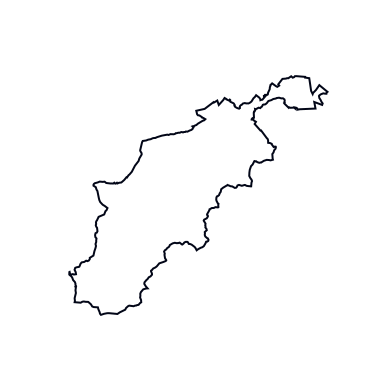 the district of Garcina, Neamt, Romania, rotated 289°
{"feature_id": "2599482B24774120004801", "entity_name": "Garcina", "entity_type": "district", "adm_level": 2, "iso_a3": "ROU", "parent_name": "Romania", "parent_adm1": "Neamt", "projection": "orthographic", "projection_center": [26.305, 47.002], "detail": "fine", "context": "isolated", "style": "outline", "palette": "ink", "viewbox_px": 384, "rotation_deg": 289, "n_neighbors": 0, "source": "geoboundaries", "source_scale": "gbopen_adm2", "svg_char_len": 6051}
<svg xmlns="http://www.w3.org/2000/svg" viewBox="0 0 384 384"><g transform="rotate(289 192 192)"><path d="M320.8,232.4L318.7,231.4L318.6,231.6L316.5,231.5L314.4,232.0L310.7,231.6L309.0,231.9L308.5,231.7L307.6,229.4L306.7,229.4L306.3,228.7L305.8,228.9L306.5,230.2L302.2,228.5L301.9,227.8L301.1,226.8L301.8,226.5L303.1,225.0L304.4,221.1L302.3,220.5L300.6,219.6L297.0,218.8L296.0,218.2L294.9,217.4L294.1,216.5L293.4,214.4L293.3,213.0L292.2,211.3L290.6,210.6L290.1,210.0L289.2,209.5L288.2,209.4L287.0,210.0L286.1,209.4L286.1,207.4L286.5,205.2L287.4,204.0L288.0,204.2L289.2,202.8L289.4,202.4L289.8,198.9L290.1,198.6L291.4,198.2L291.6,197.7L290.5,197.4L290.8,194.3L291.1,194.2L291.5,192.2L289.1,191.6L283.0,189.0L286.7,186.1L283.9,183.8L283.5,183.3L283.8,183.0L283.5,182.8L274.7,176.9L270.2,169.6L267.2,171.5L266.5,172.6L266.8,174.2L266.4,175.4L266.2,176.7L265.7,177.1L265.7,178.6L265.2,180.9L263.8,180.2L262.8,178.9L258.5,175.3L256.7,174.3L256.0,173.3L255.0,172.6L254.7,171.7L254.3,171.2L254.0,172.1L253.5,172.4L252.4,171.9L251.7,172.0L250.5,171.2L249.3,169.7L247.6,168.1L247.2,166.5L246.6,166.1L246.0,164.7L245.4,164.1L245.4,162.9L245.0,162.1L244.1,161.2L243.6,159.8L242.4,158.0L242.3,157.5L241.3,156.9L240.6,155.8L239.7,152.8L238.3,151.3L238.2,150.0L235.5,145.2L232.7,141.4L231.9,140.4L231.3,140.0L230.5,138.1L229.9,137.2L228.5,135.8L227.2,133.5L225.8,131.9L224.2,128.8L222.8,128.6L214.6,129.4L213.8,129.9L212.3,131.7L211.0,132.2L206.6,131.3L203.9,131.4L198.3,129.5L191.5,128.5L188.0,127.1L187.4,126.6L184.9,125.9L185.1,125.6L184.8,125.3L181.3,124.0L179.2,122.8L178.0,122.1L177.0,120.1L175.8,118.7L176.3,118.0L175.3,117.3L174.9,116.7L175.5,115.5L174.4,114.8L173.5,112.1L172.6,108.0L173.3,106.0L172.5,104.3L171.8,101.4L170.4,99.8L168.6,97.2L167.6,96.6L166.8,96.5L165.9,96.8L165.2,99.5L163.2,100.9L162.2,102.2L155.9,105.9L154.2,107.0L152.6,108.5L150.9,111.7L150.4,114.0L149.3,117.3L146.9,117.1L145.7,116.4L142.2,116.3L138.1,111.8L134.4,111.4L133.0,111.0L131.6,111.2L130.6,111.8L129.3,111.8L128.1,112.7L127.2,113.9L124.1,115.4L122.6,115.2L122.3,114.8L121.6,114.2L119.7,114.4L117.8,115.4L117.0,116.8L114.9,117.2L113.6,117.7L111.4,117.7L109.7,118.8L107.5,119.0L104.4,119.0L99.8,119.5L96.5,116.8L95.4,117.2L93.7,116.8L92.6,115.7L92.6,114.3L90.8,112.9L89.5,110.6L88.0,110.0L84.8,109.8L84.3,109.4L83.5,107.8L82.3,106.3L80.2,106.3L78.4,108.1L76.5,109.1L75.5,107.2L75.6,106.1L74.8,104.9L74.6,104.4L74.9,103.3L76.6,102.3L76.4,102.1L74.1,102.8L73.8,103.1L73.1,105.1L72.2,106.5L70.0,108.3L68.8,110.5L67.5,111.6L66.1,112.1L65.2,113.1L64.7,113.1L64.3,112.7L63.9,113.3L61.2,113.8L58.7,115.1L53.4,115.6L50.8,116.8L49.6,116.9L51.1,122.8L52.5,124.0L53.1,125.0L53.3,125.6L53.5,127.0L54.3,129.7L52.9,133.0L51.3,134.9L51.2,136.5L52.3,140.6L50.7,141.6L48.3,143.8L47.0,144.6L46.2,145.9L48.2,148.5L49.7,151.1L50.4,152.9L52.4,161.2L54.7,162.9L59.0,167.2L60.8,167.4L63.2,168.7L64.1,169.6L65.0,174.0L66.0,175.1L66.5,176.2L67.2,176.9L67.9,178.2L70.0,179.0L71.2,179.9L73.3,179.0L75.3,177.3L77.0,177.0L79.0,176.2L80.8,176.3L84.1,177.6L85.8,180.0L86.4,181.4L87.8,179.0L89.6,176.8L91.1,176.5L94.0,177.6L95.1,178.3L97.3,178.9L98.6,180.2L100.8,181.1L102.0,180.6L103.6,179.1L104.3,178.9L105.1,179.5L107.0,180.2L108.7,181.9L110.2,182.9L113.9,184.3L116.5,187.7L118.0,189.4L118.7,189.9L119.1,189.9L120.7,188.0L123.7,186.4L124.7,186.4L126.6,185.0L128.0,185.3L129.3,186.3L130.9,186.8L132.5,188.0L133.6,188.3L134.6,188.3L137.1,190.4L138.4,192.3L138.6,194.1L139.0,194.9L139.0,195.3L140.1,196.8L139.1,199.6L139.2,200.0L140.7,200.9L141.6,201.1L142.4,201.8L142.8,202.3L143.3,203.8L143.1,204.6L141.9,205.8L142.2,207.3L142.1,208.8L140.9,212.4L140.1,213.6L138.4,215.4L139.9,216.4L142.1,218.4L143.1,219.7L144.6,220.8L148.0,221.5L149.5,221.5L149.8,221.7L150.0,222.5L150.9,223.2L151.3,223.3L152.3,223.1L153.3,222.0L153.2,221.6L154.3,219.0L155.6,218.0L156.8,217.8L158.3,217.1L160.7,218.4L161.9,217.6L162.8,216.2L164.2,215.9L164.7,215.4L166.5,215.1L168.7,212.4L169.8,212.5L171.9,214.5L174.0,215.0L174.9,214.6L175.0,214.0L175.8,213.5L180.8,214.4L181.3,214.2L183.4,216.1L184.0,217.8L185.3,219.1L185.9,221.6L186.3,221.9L188.3,221.0L189.4,220.9L189.7,220.1L191.7,218.0L192.7,217.4L194.6,216.9L195.4,216.9L196.2,217.2L196.3,217.6L197.9,218.6L199.8,218.6L201.5,219.1L204.1,218.7L206.2,220.0L210.1,223.3L209.9,223.5L210.2,224.4L210.0,226.6L210.4,228.3L209.8,231.1L210.4,232.3L211.2,232.7L213.0,232.9L214.0,234.1L214.1,237.1L215.8,239.5L215.9,240.1L215.6,241.5L216.0,243.7L216.4,245.1L216.4,245.6L216.6,246.1L220.2,245.2L221.9,245.2L223.1,244.2L224.1,242.7L225.8,240.9L229.2,239.9L231.8,239.4L235.6,239.4L237.8,240.4L241.5,240.9L241.7,241.2L241.6,241.7L241.6,242.3L241.9,242.6L241.5,244.0L241.5,246.1L242.3,247.3L242.3,247.7L244.9,249.8L246.7,252.2L247.3,254.4L247.5,256.0L248.9,258.0L249.8,257.4L254.0,255.6L255.9,256.2L258.1,256.1L260.2,256.9L261.8,256.7L262.1,256.4L261.9,255.5L261.1,254.6L263.0,251.9L263.5,251.7L263.7,249.9L263.3,248.0L265.7,247.1L267.0,246.0L267.2,245.3L272.2,238.0L272.6,237.4L272.3,237.2L272.3,236.9L276.7,229.1L279.2,229.6L279.7,227.4L280.3,226.5L279.9,224.8L280.2,224.7L281.6,225.2L282.4,226.4L287.0,224.6L288.1,224.5L288.1,224.8L289.8,225.2L291.0,224.6L291.0,225.1L291.5,225.8L293.4,227.5L293.6,229.3L294.4,229.5L295.5,230.3L297.5,230.6L298.2,231.5L298.4,232.3L298.9,232.9L300.4,233.8L302.9,234.6L304.7,237.1L306.4,238.6L307.7,240.9L308.3,241.3L309.5,243.6L309.6,246.0L310.2,247.5L309.6,249.3L308.4,250.0L307.5,250.0L306.9,250.5L306.1,250.1L305.6,250.8L303.1,256.0L303.7,256.2L303.6,257.4L304.9,260.8L304.9,261.3L304.6,262.1L305.4,261.5L305.6,263.1L305.3,264.3L304.3,265.2L305.3,266.9L311.1,281.6L316.9,278.3L316.7,286.7L318.3,286.7L319.3,285.2L321.2,283.3L322.2,281.9L324.1,280.8L324.7,280.9L326.3,282.0L328.0,284.0L328.3,285.9L328.7,287.1L329.8,286.9L330.8,287.5L334.5,277.6L328.8,276.0L325.0,274.2L323.9,274.2L326.4,271.7L337.8,265.8L337.0,261.7L337.7,261.5L335.5,252.9L335.0,251.6L333.8,251.1L332.9,250.0L333.7,248.1L330.9,246.0L330.6,244.9L329.8,243.9L328.4,240.7L321.9,238.5L321.0,239.8L319.2,238.4L319.4,237.0L320.8,232.4Z" fill="none" stroke="#020617" stroke-width="2"/></g></svg>